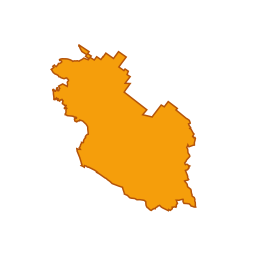 Beltiug, Satu Mare, Romania, rotated 24°
{"feature_id": "2599482B21797114471165", "entity_name": "Beltiug", "entity_type": "district", "adm_level": 2, "iso_a3": "ROU", "parent_name": "Romania", "parent_adm1": "Satu Mare", "projection": "natural_earth1", "projection_center": [22.838, 47.568], "detail": "fine", "context": "isolated", "style": "filled", "palette": "amber", "viewbox_px": 256, "rotation_deg": 24, "n_neighbors": 0, "source": "geoboundaries", "source_scale": "gbopen_adm2", "svg_char_len": 5686}
<svg xmlns="http://www.w3.org/2000/svg" viewBox="0 0 256 256"><g transform="rotate(24 128 128)"><path d="M182.7,193.9L183.2,193.1L183.5,192.3L184.2,191.6L184.6,190.9L185.7,190.8L185.7,189.7L185.8,189.4L186.9,187.9L187.1,187.1L188.0,186.3L188.4,185.8L190.6,186.7L192.4,186.9L198.6,187.1L198.6,186.2L198.5,185.9L199.2,186.0L200.2,186.0L200.4,185.4L201.0,184.6L201.2,183.7L201.1,183.2L200.6,182.4L201.7,181.9L201.8,181.7L202.0,181.5L202.7,181.1L204.0,180.9L203.8,180.0L204.0,179.9L203.7,179.3L203.4,178.0L203.8,177.3L203.9,176.8L202.5,175.5L202.0,174.5L201.5,174.3L202.0,174.0L203.5,173.5L204.4,173.0L204.8,172.5L206.8,171.0L207.4,170.8L208.1,172.7L208.8,173.4L209.8,174.1L212.7,173.0L214.9,172.4L216.6,173.1L217.2,173.6L217.6,173.6L218.6,173.4L220.5,173.3L222.0,172.7L221.8,172.4L220.9,171.3L220.9,171.0L220.5,170.2L219.6,168.4L218.9,167.9L218.6,167.5L218.1,165.9L216.8,164.6L214.7,164.2L214.1,163.9L213.5,162.7L212.8,162.1L212.0,161.0L211.2,159.6L210.3,158.5L206.3,157.4L205.1,155.6L204.6,155.1L203.9,154.7L202.7,154.2L201.2,153.4L201.5,153.0L203.9,151.2L204.4,150.4L203.5,149.8L202.8,149.2L202.5,148.7L202.3,148.1L201.3,146.9L199.7,145.4L197.7,143.4L199.3,142.0L199.3,141.8L199.5,141.6L199.6,140.9L199.5,140.6L199.8,140.3L199.6,140.0L199.9,139.4L199.3,138.6L199.6,138.2L199.9,137.6L198.6,137.6L196.8,137.1L196.2,137.4L195.4,138.1L194.6,137.5L194.0,136.8L194.3,135.8L194.6,134.5L194.5,133.4L196.0,128.9L195.9,128.6L195.3,127.8L193.5,126.7L192.8,126.1L191.2,123.2L190.7,122.7L189.7,122.0L189.5,121.8L189.7,120.7L189.6,120.1L189.7,119.6L189.6,119.1L191.3,120.4L194.6,117.2L195.6,116.6L194.6,114.4L194.3,112.7L194.3,112.2L194.0,111.6L193.9,110.3L193.7,110.0L193.0,109.5L192.3,110.2L191.3,109.6L191.1,109.6L191.2,109.4L190.4,109.2L190.7,107.1L190.8,106.8L190.6,106.5L189.5,106.1L186.1,103.5L184.6,103.3L184.9,102.5L185.3,102.5L185.3,102.4L185.0,102.1L182.5,100.6L181.8,99.8L181.6,99.5L182.7,98.7L182.9,98.3L182.2,97.4L181.7,97.0L181.6,96.8L180.9,96.1L178.7,95.6L177.2,95.5L164.5,92.0L165.1,90.1L154.0,87.5L152.5,93.9L149.0,93.5L146.0,106.0L145.6,108.1L136.0,109.9L137.8,103.7L109.9,96.8L110.4,93.6L111.1,90.6L111.9,86.5L107.2,88.3L107.5,86.6L109.1,80.2L105.4,79.6L105.2,76.0L101.3,75.3L100.9,77.2L94.8,76.0L95.9,70.8L97.5,63.9L88.3,62.1L86.5,70.4L77.3,68.6L76.4,73.2L76.1,73.1L75.4,76.5L70.4,75.6L69.5,79.6L64.6,78.9L65.1,77.2L60.9,76.5L61.4,74.1L49.5,72.1L49.5,72.4L49.6,73.0L49.8,73.2L50.8,73.6L52.3,75.1L54.8,76.9L60.5,77.8L60.1,79.8L64.3,80.5L64.0,81.8L62.5,82.0L59.2,82.1L58.3,83.8L56.6,86.0L56.1,86.9L54.6,87.1L53.0,88.0L52.0,88.4L51.4,88.6L51.2,88.9L50.5,89.6L49.6,89.3L47.6,89.2L45.6,89.4L44.1,89.7L39.7,91.5L38.3,92.5L37.6,93.3L38.1,94.1L39.1,93.7L39.9,93.8L40.6,94.5L40.5,95.0L39.7,96.5L38.2,97.4L37.6,97.5L38.5,97.6L37.5,101.1L36.5,101.1L35.2,100.4L34.2,102.2L35.6,102.9L34.0,105.7L35.0,106.1L35.2,106.4L37.1,107.7L39.2,108.3L40.9,108.2L42.7,108.4L43.2,108.6L43.8,109.2L44.1,109.3L45.3,109.0L46.3,109.3L49.5,109.0L50.0,108.6L50.7,107.8L51.4,107.3L51.7,107.2L52.0,107.3L52.4,107.7L53.4,107.9L53.8,108.1L54.1,108.3L54.2,108.6L54.3,109.2L53.9,110.6L53.9,111.0L54.9,112.4L55.1,112.9L55.6,114.7L50.4,114.3L47.6,117.9L49.4,119.6L49.2,119.7L49.1,119.9L49.2,120.4L49.6,121.7L49.5,122.1L48.9,122.5L48.5,122.4L48.1,121.8L47.5,121.1L47.4,120.9L47.3,120.1L47.2,119.9L46.7,120.2L46.6,120.5L46.7,120.9L47.0,121.6L47.1,122.0L46.8,122.8L46.9,123.7L46.8,123.9L46.4,124.1L45.8,124.0L45.2,123.4L44.5,123.0L44.0,123.1L43.8,123.5L43.7,123.7L44.2,124.5L44.8,124.9L45.0,125.1L46.0,127.2L47.7,129.9L48.7,132.1L49.0,132.1L49.3,132.0L49.2,131.9L48.9,131.5L49.1,131.1L49.9,131.2L50.2,131.1L50.0,130.5L50.5,130.3L50.5,129.7L50.7,129.8L50.9,130.2L51.1,130.3L51.9,129.6L52.4,129.7L52.5,129.8L52.4,130.1L51.5,130.4L51.5,130.6L51.8,130.8L52.2,131.2L52.6,131.4L52.8,131.4L53.0,130.9L54.6,131.2L54.5,130.7L54.8,130.2L54.7,129.8L55.3,129.7L55.7,129.5L55.9,128.8L56.2,128.7L56.8,129.2L57.5,129.5L57.6,129.9L57.8,130.2L57.7,130.5L58.0,131.3L57.8,131.8L57.9,132.1L58.3,132.5L58.7,132.6L59.9,132.5L60.1,132.6L60.3,133.0L60.7,133.2L61.3,133.1L62.1,132.5L62.4,132.6L62.4,133.0L62.1,133.6L62.0,133.9L62.1,134.0L62.4,134.2L62.4,134.4L62.1,134.9L61.9,135.1L61.7,135.5L61.8,135.8L61.9,136.0L62.2,136.1L62.6,135.9L63.0,135.2L63.6,134.7L64.1,134.9L63.9,135.3L63.9,136.1L64.2,137.4L64.7,138.2L64.9,138.9L65.1,139.3L65.1,139.7L64.9,140.6L65.2,141.4L66.6,141.1L67.1,141.4L67.5,141.4L72.3,139.8L73.5,139.6L73.6,139.8L74.1,139.8L76.3,139.3L76.8,139.5L76.9,139.9L76.9,140.1L76.4,140.5L75.4,140.6L75.5,141.1L75.4,141.7L76.0,142.2L76.4,143.1L76.8,143.3L78.6,143.3L78.9,142.9L78.8,142.5L79.1,142.4L79.5,142.1L79.9,141.4L80.9,141.1L81.0,140.8L80.8,140.3L83.7,140.0L88.2,141.6L90.2,142.9L90.8,143.5L91.6,145.2L93.7,148.8L94.2,149.9L93.5,150.3L93.3,150.6L93.0,151.3L92.7,152.1L92.6,153.7L93.2,154.1L93.0,154.5L92.6,155.8L92.5,156.9L92.6,157.8L93.1,159.0L93.1,159.3L93.0,159.6L91.4,160.0L91.8,160.8L91.5,162.1L91.6,163.2L91.8,163.8L91.8,164.4L91.5,165.9L93.1,166.9L91.3,167.6L89.6,167.7L89.8,168.1L90.2,168.4L90.7,169.1L90.7,169.4L90.7,169.6L95.8,174.5L99.3,178.5L100.0,179.5L100.4,179.7L100.8,180.3L100.7,181.0L100.5,181.4L100.9,181.4L101.6,181.3L104.0,181.6L103.6,180.0L105.5,179.8L106.5,180.1L107.5,180.1L107.8,179.8L108.4,179.8L114.8,180.1L117.9,180.8L117.6,181.3L120.5,181.6L127.5,183.0L128.4,182.9L130.5,183.6L133.1,184.1L136.1,185.2L143.3,184.8L147.1,184.4L147.9,185.5L151.2,189.1L151.5,189.8L153.1,189.8L155.0,189.8L156.6,190.5L158.2,191.0L159.8,190.7L162.2,189.9L163.0,189.7L163.8,189.7L164.5,189.9L165.4,189.9L168.1,188.6L172.1,187.5L174.0,188.0L174.3,188.2L174.5,188.5L174.6,189.0L175.9,191.2L176.8,192.1L177.8,192.8L179.1,193.0L180.6,193.6L181.3,193.8L182.7,193.9Z" fill="#f59e0b" stroke="#b45309" stroke-width="1.5"/></g></svg>